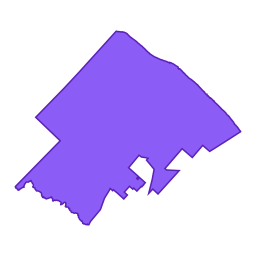 the district of Magdalena, Buenos Aires, Argentina
{"feature_id": "61730980B51096129050346", "entity_name": "Magdalena", "entity_type": "district", "adm_level": 2, "iso_a3": "ARG", "parent_name": "Argentina", "parent_adm1": "Buenos Aires", "projection": "mercator", "projection_center": [-57.557, -35.188], "detail": "fine", "context": "isolated", "style": "filled", "palette": "violet", "viewbox_px": 256, "rotation_deg": 0, "n_neighbors": 0, "source": "geoboundaries", "source_scale": "gbopen_adm2", "svg_char_len": 5446}
<svg xmlns="http://www.w3.org/2000/svg" viewBox="0 0 256 256"><path d="M240.6,131.7L240.6,131.3L239.5,130.2L238.1,128.0L237.4,127.2L237.0,126.6L236.0,125.6L235.8,125.2L234.9,124.7L234.8,124.4L234.7,124.4L234.5,124.2L234.5,123.9L234.3,123.8L234.1,123.2L233.8,122.9L233.6,122.2L232.6,121.1L232.5,120.8L232.2,120.7L231.7,119.8L231.3,119.5L231.2,119.2L230.3,118.4L229.5,116.9L229.3,116.8L229.2,116.6L228.9,116.5L228.9,116.3L228.7,116.2L228.3,115.9L228.3,115.7L227.9,115.3L227.3,115.0L227.1,114.8L226.9,114.4L226.5,114.1L226.0,113.2L225.1,112.2L223.8,110.9L222.1,109.5L221.8,109.4L221.8,109.2L221.5,109.0L221.3,108.7L221.2,108.7L221.0,108.3L220.6,108.0L220.6,107.9L220.2,107.4L219.6,107.1L219.4,106.7L219.2,106.6L218.9,106.2L218.0,105.2L217.4,104.8L216.8,104.0L216.7,104.0L216.5,103.8L216.3,103.7L215.5,102.9L215.4,102.8L214.9,102.4L214.7,102.0L214.1,101.6L214.1,101.3L213.9,101.4L213.4,100.7L213.1,100.6L213.0,100.3L212.7,99.8L211.8,99.1L211.7,98.9L211.1,98.5L211.1,98.4L210.6,98.0L210.2,98.1L210.1,97.8L209.9,97.8L209.9,97.6L209.6,97.5L209.6,97.4L209.3,97.2L209.1,96.9L208.9,96.9L208.6,96.5L208.3,96.3L208.3,96.2L208.0,96.1L208.0,95.9L207.9,95.9L207.8,95.7L207.4,95.6L207.3,95.4L207.2,95.2L206.9,94.8L206.4,94.5L206.5,94.4L206.2,94.4L205.9,93.9L205.2,93.2L204.9,92.9L204.7,92.6L204.5,92.1L204.1,91.8L204.0,91.6L203.8,91.4L203.7,91.5L203.6,91.3L202.5,90.4L202.2,90.0L201.8,89.5L201.5,89.3L201.4,89.1L200.7,88.3L200.4,88.0L200.1,87.8L200.1,87.7L199.5,87.2L199.3,86.8L198.7,86.3L198.7,86.2L198.3,85.7L198.3,85.8L197.4,84.8L196.6,84.2L196.2,83.7L195.9,83.6L195.7,83.3L195.2,82.9L194.6,82.2L194.1,82.0L194.1,81.8L194.0,81.7L193.4,81.3L193.1,81.0L192.9,81.0L192.8,80.8L192.3,80.4L192.0,80.1L191.6,79.8L191.4,79.8L191.1,79.4L190.0,78.8L188.4,77.6L187.3,76.3L186.8,75.9L185.8,75.1L185.7,74.9L185.0,74.1L184.8,74.0L184.8,73.8L184.4,73.5L184.4,73.4L184.1,73.3L184.0,73.1L183.7,73.0L183.7,72.8L183.0,72.1L182.6,71.9L182.6,71.7L181.7,70.6L181.4,70.5L180.8,69.7L180.4,69.5L179.9,68.8L179.3,68.7L178.7,69.0L178.4,68.7L178.4,68.4L178.1,68.1L178.3,67.7L178.2,67.3L178.0,66.9L177.7,66.7L175.9,65.7L175.4,65.4L174.9,64.9L174.4,64.7L173.7,64.1L173.0,63.8L172.5,63.5L172.0,63.3L171.0,62.8L169.3,62.3L169.0,62.4L169.1,62.7L168.6,62.4L167.8,62.2L166.7,61.5L164.5,60.9L161.7,59.8L161.2,59.7L161.1,59.8L160.8,59.6L159.5,59.1L156.2,57.5L155.9,57.5L155.7,57.3L154.6,56.9L153.0,55.9L152.5,55.5L151.5,55.0L151.2,54.7L150.4,54.1L150.2,54.1L149.8,53.7L149.4,53.6L149.2,53.1L149.1,52.9L148.4,52.5L147.5,51.6L147.2,51.4L147.0,51.1L146.7,50.9L146.6,50.7L146.2,50.5L145.3,49.3L144.8,49.0L144.5,48.6L143.4,47.6L142.1,46.3L141.0,45.5L140.7,45.3L138.8,43.6L138.0,43.1L137.0,42.0L136.6,41.7L136.2,41.3L135.6,40.9L134.9,40.3L133.4,39.3L132.9,38.9L130.8,37.3L130.7,37.4L130.5,37.1L129.9,36.7L128.9,35.6L128.5,35.4L128.0,34.7L127.6,34.3L127.3,33.9L126.5,33.3L124.6,32.4L123.6,32.1L123.2,32.2L122.7,31.9L122.5,32.0L121.9,31.8L121.5,32.0L121.0,32.0L120.4,31.8L118.8,31.6L118.5,31.7L118.2,31.5L117.9,31.6L116.2,31.2L79.6,71.6L64.3,88.0L35.7,117.3L60.2,140.8L15.4,186.5L15.7,187.0L15.5,187.5L15.6,187.9L16.4,188.1L16.9,188.5L17.1,188.6L17.3,188.9L17.4,189.4L18.1,190.1L18.5,190.2L18.9,190.2L19.1,189.9L19.2,189.5L19.4,189.2L20.1,189.1L22.5,187.5L23.6,187.3L24.1,187.1L24.0,186.8L23.7,186.6L23.7,186.3L24.2,185.5L24.6,184.4L26.0,182.4L26.4,182.1L27.2,182.0L28.1,182.1L28.7,182.0L29.2,181.5L30.4,180.9L30.6,180.6L31.1,180.6L31.2,180.9L31.1,181.1L31.1,181.5L32.0,182.2L32.3,183.2L33.3,184.3L33.4,185.4L33.2,186.2L32.8,186.8L32.9,187.1L33.3,187.4L34.8,187.9L35.0,188.1L35.1,189.1L35.9,190.0L36.2,190.6L36.5,190.9L37.0,191.0L37.7,190.8L39.0,191.3L41.0,192.6L41.6,193.8L41.6,195.4L41.9,196.0L42.4,196.5L42.6,197.4L43.0,197.4L43.3,196.8L43.8,196.9L43.9,197.1L43.7,197.6L43.9,197.8L44.2,198.0L45.0,198.0L45.5,198.5L46.2,198.9L46.8,198.5L47.6,198.6L48.8,198.0L49.9,197.8L50.4,197.6L51.0,197.0L51.4,197.0L51.7,197.2L51.9,198.1L52.7,199.1L52.6,200.4L52.8,200.9L53.2,201.0L54.6,200.1L55.2,200.5L56.5,200.2L56.9,200.2L57.3,200.5L58.3,200.5L58.7,200.7L59.9,201.5L60.8,202.0L61.1,202.8L61.1,203.1L61.2,203.5L60.8,203.9L60.7,204.3L60.7,204.5L60.9,204.7L61.4,204.1L61.9,204.2L62.5,204.0L62.8,203.6L63.4,203.3L63.7,202.8L63.9,202.6L64.6,202.3L65.4,202.4L65.8,202.9L65.7,203.7L65.9,204.9L65.8,205.3L65.3,206.2L65.4,206.5L65.6,206.8L66.3,207.1L67.4,206.9L67.8,207.0L68.3,207.5L68.7,207.7L69.0,208.2L68.8,208.6L69.4,208.8L69.6,208.9L69.5,209.6L69.6,209.9L70.1,210.5L70.8,210.9L71.1,211.8L71.6,212.4L72.1,212.5L72.8,212.5L73.2,212.6L73.9,213.2L74.5,213.2L75.7,212.9L76.3,213.3L77.0,213.3L77.6,213.5L77.9,213.8L77.8,214.3L78.2,215.0L78.0,215.3L78.6,215.7L78.4,216.4L78.4,217.1L79.1,217.8L79.1,218.2L79.2,218.6L80.0,219.8L80.4,220.1L81.0,220.7L81.7,220.9L81.6,221.3L82.2,221.7L82.5,222.1L82.7,223.2L82.9,223.4L83.6,223.8L84.0,223.7L84.1,223.9L84.5,223.8L85.0,224.2L85.2,224.3L86.6,224.7L87.0,224.6L87.3,224.2L87.9,224.8L88.8,224.8L90.4,221.6L100.4,209.6L104.5,198.2L109.4,190.2L110.2,188.5L112.7,190.7L113.4,189.8L117.7,193.4L123.8,199.0L127.4,195.0L124.3,192.1L129.5,186.3L132.8,189.2L133.7,188.1L136.9,191.1L141.3,186.4L141.8,186.8L143.7,184.8L143.5,184.6L145.3,182.7L139.5,177.5L137.8,179.4L136.7,178.4L138.4,176.5L128.6,167.7L139.0,155.3L141.4,157.0L146.5,157.8L148.0,158.3L146.5,160.1L154.1,169.3L152.2,179.5L148.7,193.4L152.8,189.1L158.0,194.0L179.2,170.6L166.6,170.0L164.9,168.6L182.1,148.7L192.3,157.5L202.7,145.4L209.7,151.4L226.0,141.1L240.6,131.7Z" fill="#8b5cf6" stroke="#5b21b6" stroke-width="1.5"/></svg>